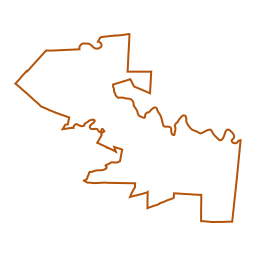 outline of Rastoaca, Vrancea, Romania
{"feature_id": "2599482B59302072108083", "entity_name": "Rastoaca", "entity_type": "district", "adm_level": 2, "iso_a3": "ROU", "parent_name": "Romania", "parent_adm1": "Vrancea", "projection": "mercator", "projection_center": [27.302, 45.655], "detail": "fine", "context": "isolated", "style": "outline", "palette": "amber", "viewbox_px": 256, "rotation_deg": 0, "n_neighbors": 0, "source": "geoboundaries", "source_scale": "gbopen_adm2", "svg_char_len": 5846}
<svg xmlns="http://www.w3.org/2000/svg" viewBox="0 0 256 256"><path d="M232.2,221.7L236.6,180.7L240.6,140.2L238.9,140.6L237.8,141.6L236.9,142.7L236.4,143.0L235.4,143.3L233.5,142.9L232.8,142.6L232.1,141.9L231.8,141.2L231.7,140.4L231.9,140.0L232.8,139.1L233.8,137.9L234.1,137.0L234.0,135.8L233.6,134.4L232.8,133.3L231.5,131.8L230.0,130.5L229.0,129.8L227.9,129.6L227.1,129.7L226.3,130.4L225.7,131.3L225.1,132.9L223.9,136.4L222.6,138.8L221.7,139.8L220.1,140.3L218.8,139.6L214.2,135.1L212.4,132.4L212.0,131.5L211.3,130.3L210.8,129.8L209.8,129.6L208.4,129.9L207.3,130.2L204.7,131.5L203.2,132.4L201.9,133.0L200.4,133.4L199.1,132.9L197.1,131.7L192.1,129.7L190.6,128.3L188.4,125.6L187.6,124.4L186.3,121.6L186.3,119.5L186.2,118.3L186.0,117.1L185.6,116.1L185.2,115.8L184.4,115.5L183.8,115.4L183.2,115.5L182.6,115.8L181.6,116.5L180.6,117.7L180.2,118.1L179.3,119.3L178.6,120.3L178.0,121.5L177.3,122.4L176.9,122.6L175.6,123.8L174.8,125.6L174.8,126.1L175.0,126.7L175.4,127.3L175.4,128.0L175.4,128.7L175.4,129.6L175.2,130.4L175.1,131.1L174.9,131.9L174.6,132.7L174.5,133.4L174.6,134.2L174.4,134.7L173.8,135.0L173.2,135.0L172.6,134.7L171.7,133.6L171.3,131.8L171.2,130.9L171.2,130.2L171.3,129.4L171.2,128.7L170.9,128.0L170.4,127.4L169.7,127.0L169.0,126.8L168.2,126.7L167.2,126.6L166.2,126.7L165.0,126.7L164.2,126.3L163.6,126.0L163.3,125.4L163.0,124.3L162.6,122.9L162.1,120.7L161.3,117.8L160.4,115.4L159.5,113.8L158.5,112.6L157.7,111.0L157.3,110.2L156.8,108.6L156.5,108.0L155.8,107.6L155.1,107.4L154.4,107.5L153.5,107.9L151.2,109.7L149.5,111.8L148.8,112.2L148.4,112.4L147.6,112.4L147.0,112.7L145.8,113.7L145.4,114.3L145.2,115.3L145.1,116.7L145.0,117.2L144.8,117.5L144.5,117.7L144.2,117.8L143.7,117.7L143.0,117.6L139.8,116.1L139.3,115.9L138.8,115.4L138.0,114.1L137.7,113.4L137.6,112.9L137.6,112.4L137.4,111.6L136.9,110.4L135.1,107.6L133.6,105.6L133.7,105.0L133.6,103.8L133.4,102.6L133.1,101.7L132.1,100.3L131.4,99.7L130.9,99.4L129.8,98.9L129.2,98.7L127.3,98.6L126.0,98.3L124.2,98.2L123.8,98.0L123.4,97.7L122.9,97.6L122.2,97.6L121.6,97.7L120.7,97.6L120.1,97.6L119.5,97.6L119.1,97.7L118.6,97.8L118.0,97.6L117.2,97.1L115.9,95.6L115.5,94.9L115.3,94.2L115.1,93.3L114.2,91.9L114.1,91.4L114.2,90.6L114.0,89.9L114.0,89.5L113.9,88.7L113.5,87.7L113.1,86.9L113.1,86.3L113.1,84.5L119.1,82.7L124.6,81.0L126.6,80.4L130.3,79.2L134.1,86.5L134.4,86.7L137.2,87.8L146.4,91.7L150.0,93.3L150.6,83.6L151.2,71.6L150.8,71.7L140.7,71.7L128.2,71.7L127.6,71.7L128.1,61.8L128.3,57.0L128.4,55.8L128.4,54.2L128.7,51.1L128.8,47.9L129.0,44.3L129.2,40.9L129.3,38.1L129.5,34.2L129.2,34.0L128.9,34.0L126.9,34.3L125.9,34.5L123.6,34.8L120.8,35.2L117.6,35.5L116.4,35.6L116.1,35.4L101.8,37.0L100.6,37.3L100.3,37.5L98.0,41.6L98.3,41.6L99.0,41.7L99.9,42.4L100.8,43.2L101.4,44.3L101.6,45.2L101.5,45.8L101.3,46.4L100.6,47.2L98.7,48.4L97.4,48.6L96.1,48.6L94.7,48.2L93.6,47.5L92.2,46.0L90.9,45.1L89.7,44.1L88.6,43.7L86.0,43.5L82.7,43.5L81.7,44.0L80.4,45.3L79.6,46.5L79.4,48.1L79.5,49.3L51.4,50.6L46.1,50.5L27.2,71.4L26.7,71.0L24.7,73.2L23.4,74.6L20.7,77.6L20.3,78.3L15.4,83.6L16.5,84.4L20.3,87.7L21.7,89.0L23.3,90.4L26.4,93.0L27.8,94.2L28.4,94.8L33.9,99.9L36.2,101.9L38.3,103.7L39.1,104.5L40.8,106.3L44.7,108.0L47.2,109.1L49.3,110.1L55.3,112.5L55.7,112.8L57.7,113.4L58.9,113.8L59.8,114.2L60.8,114.6L61.6,114.8L62.5,115.1L66.7,116.6L68.8,117.3L69.2,117.4L69.1,117.9L68.7,119.9L67.8,124.5L65.4,124.6L63.5,127.7L62.6,129.2L68.5,128.3L71.0,127.9L73.5,127.9L73.4,127.2L73.6,126.8L73.8,126.2L74.1,125.7L74.9,124.9L75.3,124.5L75.7,124.3L76.0,124.2L76.4,124.1L77.1,124.2L77.3,124.3L78.0,124.8L79.0,125.4L81.1,126.1L82.1,126.2L83.1,126.1L83.9,125.8L84.2,125.6L84.3,125.1L84.4,124.5L84.4,124.1L84.7,123.8L85.0,123.6L87.1,122.2L87.7,121.9L88.9,120.8L89.5,120.5L91.7,119.8L92.2,119.7L92.8,119.7L93.3,119.7L93.7,119.8L94.2,120.0L94.5,120.3L94.7,120.7L94.7,121.0L94.4,121.6L93.9,122.4L92.3,123.6L91.1,124.7L90.0,125.9L89.8,126.5L89.8,127.0L89.9,127.5L90.2,128.0L90.5,128.4L90.9,128.8L91.5,129.0L92.1,129.1L94.7,129.0L95.5,128.8L96.7,128.9L97.1,129.1L97.5,129.4L97.8,129.9L98.1,130.4L98.7,131.3L99.1,131.7L99.6,131.9L100.0,132.0L100.4,131.9L100.9,131.6L101.1,131.2L101.7,129.2L102.3,129.0L103.1,129.4L103.7,130.2L104.3,131.3L103.4,132.0L101.8,133.0L101.5,133.3L101.2,134.1L101.5,134.7L101.7,135.1L97.2,142.8L98.7,143.4L101.1,144.6L103.0,145.4L105.0,146.4L107.9,147.7L107.7,148.0L110.3,148.8L112.5,149.9L115.9,151.8L114.2,147.0L122.2,149.5L120.0,161.1L119.8,161.1L119.6,161.2L119.0,161.7L118.1,162.1L117.8,162.3L116.7,162.5L114.9,162.5L113.5,162.4L112.9,162.4L111.9,162.3L111.2,162.4L109.9,163.2L108.5,164.0L108.1,164.3L107.8,164.4L106.3,164.9L106.0,165.0L105.7,165.3L105.6,165.6L105.6,165.8L105.6,166.0L105.9,166.3L106.5,166.8L106.7,167.2L106.7,167.5L106.6,167.8L106.3,168.1L106.0,168.6L105.1,169.1L104.0,169.7L102.9,170.0L101.7,170.2L99.0,170.3L97.4,170.4L96.3,170.4L95.9,170.5L94.7,170.8L93.6,171.3L92.1,171.8L90.0,172.0L89.3,172.3L89.1,172.7L89.1,173.1L88.9,173.8L88.4,175.0L87.6,176.5L87.5,176.9L87.4,177.8L87.2,178.1L86.9,178.6L86.7,179.2L86.4,179.5L84.1,180.4L83.9,180.6L84.1,180.8L87.6,182.7L90.3,182.7L92.3,183.0L94.1,183.1L95.9,183.0L96.7,183.1L97.4,183.0L99.2,182.9L102.5,182.7L106.3,182.6L106.8,182.8L135.1,183.3L135.0,187.2L133.1,190.4L131.5,193.4L130.3,196.3L130.0,197.0L132.9,196.2L135.6,195.5L137.6,195.1L139.2,194.6L142.5,193.8L146.9,192.5L147.7,192.0L147.6,196.8L147.5,200.2L147.5,208.2L148.3,207.8L150.1,207.2L151.8,206.6L152.8,206.1L156.3,205.1L157.5,204.7L158.9,204.0L159.5,203.8L160.0,203.1L161.8,202.6L163.9,201.8L165.1,201.4L165.6,201.0L168.0,200.0L170.6,199.2L172.8,198.4L173.5,198.0L173.8,197.7L173.9,194.3L174.0,193.3L182.4,193.8L184.2,194.0L185.5,194.0L186.9,194.1L190.9,194.3L193.3,194.6L195.6,194.6L199.9,194.9L201.3,194.9L201.2,205.2L201.1,209.2L201.1,214.0L201.1,219.7L201.1,221.1L203.3,221.2L211.9,222.0L224.7,221.9L226.6,221.7L232.2,221.7Z" fill="none" stroke="#b45309" stroke-width="2"/></svg>